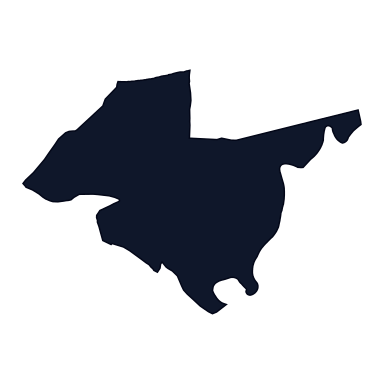 Kafr Sad, Dumyat, Egypt
{"feature_id": "37247803B5447548481781", "entity_name": "Kafr Sad", "entity_type": "district", "adm_level": 2, "iso_a3": "EGY", "parent_name": "Egypt", "parent_adm1": "Dumyat", "projection": "orthographic", "projection_center": [31.687, 31.359], "detail": "fine", "context": "isolated", "style": "filled", "palette": "ink", "viewbox_px": 384, "rotation_deg": 0, "n_neighbors": 0, "source": "geoboundaries", "source_scale": "gbopen_adm2", "svg_char_len": 6011}
<svg xmlns="http://www.w3.org/2000/svg" viewBox="0 0 384 384"><path d="M42.9,197.1L45.8,199.0L46.9,199.4L48.0,199.9L50.1,200.8L52.8,201.6L57.9,201.8L63.9,201.0L66.1,200.6L68.4,200.4L71.0,199.8L74.0,197.3L77.8,195.1L79.2,194.3L92.9,194.1L95.4,194.3L97.9,194.5L109.2,195.8L114.7,197.3L119.1,199.1L119.6,200.8L118.7,201.6L113.7,203.8L110.0,205.8L99.9,210.5L97.9,213.6L96.7,215.3L96.6,217.7L97.5,220.4L97.4,222.1L99.0,226.6L100.4,231.8L102.8,240.5L106.3,242.2L111.1,244.5L112.1,243.5L123.5,247.0L129.7,250.7L141.6,259.4L146.1,262.8L149.1,264.7L151.0,267.1L152.9,268.8L153.9,270.4L157.4,272.2L160.0,268.2L160.6,264.1L162.0,261.9L166.1,267.0L168.1,268.5L172.4,271.0L177.4,275.9L181.7,286.0L183.6,290.0L187.3,294.1L192.7,299.0L200.2,306.0L205.1,309.4L208.5,311.7L212.5,313.7L216.6,312.0L226.3,304.5L225.1,304.1L223.9,303.7L222.7,303.2L221.7,302.8L221.0,302.3L220.0,301.6L219.4,301.1L218.5,300.3L217.7,299.4L217.2,298.8L216.7,298.2L216.3,297.6L215.8,296.8L215.3,296.0L214.7,295.2L214.2,294.3L213.5,293.0L213.3,292.5L212.9,291.6L212.5,290.5L212.8,288.5L213.1,286.7L213.2,286.4L213.5,285.8L213.9,285.1L214.4,284.4L214.7,284.0L215.1,283.5L215.5,283.1L216.0,282.8L216.7,282.3L218.1,281.5L218.8,281.1L219.5,280.8L220.2,280.6L220.9,280.3L222.0,280.0L222.9,279.8L225.1,279.2L227.0,278.6L228.8,278.0L229.8,277.7L230.3,277.5L230.9,277.4L231.4,277.3L232.3,277.3L232.8,277.3L233.4,277.3L234.2,277.5L234.8,277.6L235.3,277.8L235.9,278.0L236.4,278.2L236.9,278.5L237.3,278.8L237.8,279.1L238.2,279.5L238.5,280.1L239.0,280.9L239.5,281.7L240.1,282.5L240.8,283.2L241.3,283.6L241.6,283.9L242.6,285.1L244.1,286.7L245.1,287.7L246.3,288.8L246.5,289.6L246.4,290.3L246.0,291.2L246.2,292.5L246.9,293.6L247.1,293.9L247.4,294.2L247.7,294.4L248.1,294.6L248.6,294.8L249.2,295.0L249.8,295.1L250.3,295.1L250.7,295.0L250.9,295.0L251.7,294.7L252.6,294.4L253.1,294.1L253.6,293.8L254.3,293.3L255.0,292.8L255.4,292.3L255.8,291.9L256.4,291.2L256.9,290.4L257.3,289.6L257.5,289.1L257.7,288.5L257.8,287.8L257.9,287.3L257.9,287.0L257.9,286.5L257.9,286.3L257.9,285.7L257.8,285.1L257.6,284.5L257.5,284.0L257.4,283.7L257.1,283.3L256.9,282.8L256.4,282.2L255.6,281.2L254.9,280.3L254.4,279.3L253.8,278.3L253.7,278.0L253.4,277.3L253.3,276.9L253.0,276.2L252.8,275.5L252.7,275.1L252.7,274.8L252.5,274.0L252.5,273.6L252.4,272.9L252.4,272.5L252.4,271.8L252.4,271.0L252.4,270.4L252.5,269.5L252.5,268.6L252.6,268.1L252.7,267.2L252.8,266.3L253.0,265.4L253.1,264.9L253.3,264.5L253.5,263.6L253.8,262.7L254.1,261.8L254.7,260.6L255.1,259.7L255.6,258.9L256.1,258.1L256.6,257.3L257.0,256.7L257.7,255.1L258.2,254.0L258.7,253.0L259.2,251.9L259.8,250.9L260.4,249.9L261.4,248.4L262.1,247.5L262.9,246.6L263.6,245.7L264.8,244.4L265.6,243.5L266.7,242.5L267.9,241.2L269.5,239.6L271.1,238.0L272.5,236.8L272.8,236.4L273.5,235.5L274.2,234.6L275.1,233.3L275.7,232.4L276.3,231.5L276.6,230.9L277.1,229.9L277.8,228.4L278.4,227.1L278.8,225.4L279.2,223.3L279.7,221.2L279.9,220.2L280.0,219.2L280.4,217.1L280.7,215.0L280.9,213.0L281.1,212.3L281.4,211.7L281.6,211.0L281.9,210.4L282.0,209.6L282.2,208.6L282.4,207.6L282.5,207.1L282.7,206.6L282.9,205.6L283.4,204.2L283.6,202.6L283.8,201.1L283.9,200.4L284.1,198.9L284.1,198.2L284.2,196.7L284.3,195.2L284.3,194.4L284.3,192.9L284.3,191.0L284.2,189.9L284.2,188.8L284.1,187.8L284.0,186.8L283.9,186.3L283.8,185.7L283.6,184.7L283.4,183.7L283.1,182.7L282.4,180.3L281.5,177.2L280.6,174.0L280.3,172.9L280.0,172.1L279.9,171.7L279.8,170.8L279.7,170.4L279.6,169.6L279.6,169.0L279.6,168.4L279.7,168.0L279.8,167.5L279.8,167.3L280.0,166.9L280.1,166.7L280.3,166.3L280.6,165.8L280.9,165.4L281.2,165.1L281.7,164.7L282.2,164.4L282.7,164.2L283.5,164.0L284.3,163.8L285.2,163.7L285.7,163.7L286.3,163.7L287.7,163.9L289.2,164.1L290.7,164.5L292.2,164.9L293.7,165.4L295.1,166.0L296.5,166.6L297.8,167.3L299.3,167.4L300.3,167.5L301.8,167.5L303.1,167.4L310.6,159.3L311.8,158.3L313.1,157.2L314.3,156.1L315.4,154.9L316.2,154.0L316.9,153.2L317.9,151.8L318.5,150.9L319.4,149.6L320.2,148.2L320.7,147.3L321.1,146.3L321.6,145.4L321.8,144.9L322.0,144.4L322.3,143.4L322.7,142.4L323.0,141.3L323.3,140.2L323.3,138.6L323.4,137.3L323.5,136.0L323.6,134.7L323.8,133.4L323.9,132.8L324.0,132.1L324.2,130.8L324.4,130.2L324.7,128.9L325.1,127.5L325.3,127.3L325.5,126.9L326.0,126.5L326.5,126.2L327.0,125.9L327.6,125.7L328.0,125.6L328.5,125.7L329.0,125.8L329.7,126.0L330.2,126.2L330.6,126.5L331.0,126.8L331.4,127.1L331.8,127.4L332.1,127.8L332.3,128.0L332.4,128.4L332.5,129.2L332.5,129.5L332.6,130.2L332.8,131.0L333.0,131.7L333.1,132.0L333.4,132.7L333.7,133.3L334.1,134.2L334.5,135.2L334.8,135.9L335.2,136.5L335.4,136.9L336.0,137.8L336.6,138.7L337.3,139.5L338.1,140.3L339.0,141.0L339.9,141.7L340.8,142.3L341.5,142.6L342.3,143.0L342.5,143.0L343.0,142.9L343.5,142.7L344.0,142.6L344.4,142.4L344.9,142.1L345.3,141.9L345.9,141.4L346.3,141.1L346.6,140.7L347.0,140.3L347.3,139.9L347.5,139.4L347.7,139.0L347.9,138.5L348.1,138.0L348.2,137.4L348.4,137.1L349.8,135.2L350.7,134.0L352.2,132.2L353.2,131.0L353.6,130.6L355.2,129.2L356.7,127.9L359.0,126.0L361.0,124.5L360.6,121.2L358.1,110.0L315.0,120.7L236.3,140.3L231.3,140.2L221.6,138.2L217.0,139.6L189.4,138.2L189.9,125.2L189.7,121.4L189.8,118.2L189.6,109.3L190.3,105.5L190.9,100.5L190.5,92.9L189.1,83.4L189.5,81.3L189.2,78.1L189.3,74.9L189.9,70.3L189.3,70.4L187.8,70.9L186.9,70.9L185.1,71.5L183.9,72.0L180.1,72.0L179.2,72.2L177.7,72.5L175.6,73.0L173.3,73.6L171.2,74.4L170.6,74.4L168.5,74.7L167.9,75.3L166.2,75.5L164.7,75.8L164.1,75.8L161.1,76.3L160.5,76.6L158.8,77.1L156.7,77.4L155.5,77.7L153.7,78.5L152.9,78.5L150.5,79.0L149.0,79.0L148.4,79.3L147.8,79.3L146.3,79.5L145.8,79.8L144.6,79.8L143.1,80.1L141.9,80.3L140.7,80.3L139.3,80.6L138.1,80.5L136.9,80.8L136.0,80.8L135.1,81.1L133.3,81.3L131.6,81.3L130.1,81.6L128.3,81.5L126.8,81.8L119.8,81.7L118.0,81.6L117.1,84.4L116.7,87.3L105.3,99.1L103.8,103.2L102.9,105.9L77.1,129.8L75.3,131.0L74.8,131.0L72.4,131.1L69.1,131.4L65.6,132.8L58.6,139.0L54.9,144.6L48.8,153.2L44.5,159.5L33.5,172.6L25.7,180.0L23.0,183.5L25.7,186.6L26.0,187.2L32.5,189.9L39.0,193.9L42.9,197.1Z" fill="#0f172a" stroke="#020617" stroke-width="1.5"/></svg>